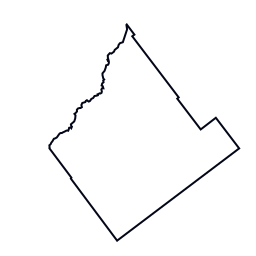 outline of Haakon, South Dakota, United States of America, rotated 323°
{"feature_id": "52423323B12436864135632", "entity_name": "Haakon", "entity_type": "district", "adm_level": 2, "iso_a3": "USA", "parent_name": "United States of America", "parent_adm1": "South Dakota", "projection": "orthographic", "projection_center": [-101.585, 44.371], "detail": "fine", "context": "isolated", "style": "outline", "palette": "ink", "viewbox_px": 256, "rotation_deg": 323, "n_neighbors": 0, "source": "geoboundaries", "source_scale": "gbopen_adm2", "svg_char_len": 1292}
<svg xmlns="http://www.w3.org/2000/svg" viewBox="0 0 256 256"><g transform="rotate(323 128 128)"><path d="M201.8,211.2L204.5,211.2L204.3,172.7L185.2,172.9L185.0,134.2L186.9,134.1L186.6,57.3L189.3,57.3L189.3,44.6L188.8,44.7L186.6,48.7L175.5,56.4L172.6,55.4L170.5,56.0L168.6,57.5L164.5,57.6L162.7,58.6L159.6,58.6L158.5,57.3L155.5,57.9L154.3,59.7L153.6,61.3L152.7,61.0L152.3,62.5L152.9,63.1L151.9,64.5L150.3,65.5L148.3,64.8L146.5,66.4L143.6,68.3L140.5,69.0L139.4,70.5L138.0,73.8L138.2,74.9L136.6,75.3L136.1,76.7L134.2,76.9L132.5,78.2L133.0,79.4L132.2,81.5L131.2,80.7L129.9,81.2L129.1,83.1L128.0,84.0L126.8,83.9L126.1,83.2L124.8,83.1L124.0,82.8L123.6,83.7L122.4,83.3L120.5,82.3L118.2,83.1L116.2,82.7L114.1,83.5L112.6,83.3L112.1,82.0L111.9,81.1L110.6,81.0L109.5,81.6L108.1,81.1L106.6,80.5L104.6,81.6L103.7,83.6L102.2,83.5L101.4,82.9L99.7,82.3L98.1,82.7L97.2,84.1L95.3,84.5L93.7,84.5L93.7,86.3L91.5,88.7L89.0,90.4L87.2,90.5L84.6,90.7L83.9,92.2L84.0,93.2L82.6,94.0L82.6,93.2L81.1,92.4L79.8,93.5L78.6,94.2L78.0,93.4L77.1,93.0L75.1,92.7L73.3,92.3L72.1,92.2L71.3,91.5L70.2,91.3L68.9,91.6L67.1,92.2L65.5,92.7L63.7,92.5L62.3,92.0L59.7,93.1L57.8,93.6L56.4,94.4L54.8,94.5L53.4,96.8L53.1,96.8L53.0,97.0L52.9,133.6L51.9,134.0L51.5,211.4L201.8,211.2Z" fill="none" stroke="#020617" stroke-width="2"/></g></svg>